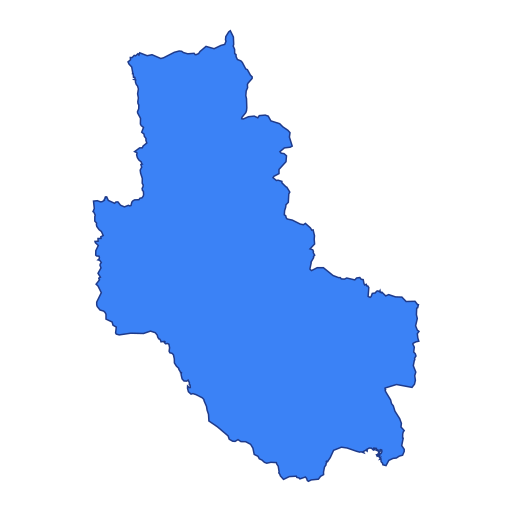 outline of Balsa, Hunedoara, Romania
{"feature_id": "2599482B86876194197645", "entity_name": "Balsa", "entity_type": "district", "adm_level": 2, "iso_a3": "ROU", "parent_name": "Romania", "parent_adm1": "Hunedoara", "projection": "mercator", "projection_center": [23.071, 46.051], "detail": "fine", "context": "isolated", "style": "filled", "palette": "blue", "viewbox_px": 512, "rotation_deg": 0, "n_neighbors": 0, "source": "geoboundaries", "source_scale": "gbopen_adm2", "svg_char_len": 6027}
<svg xmlns="http://www.w3.org/2000/svg" viewBox="0 0 512 512"><path d="M280.3,475.8L283.5,479.4L289.3,476.6L296.3,476.2L296.8,477.4L299.0,477.9L299.9,478.9L305.4,477.0L306.6,478.4L307.3,480.5L308.4,481.3L311.3,479.9L318.4,479.2L320.6,476.3L323.6,474.6L323.5,472.1L324.5,467.0L326.0,464.9L326.0,463.7L326.9,462.1L326.6,461.9L327.4,461.6L327.1,461.2L327.8,461.2L330.2,457.7L333.6,450.3L341.4,447.2L347.1,448.0L356.6,451.3L359.6,452.1L361.1,451.8L363.9,452.8L363.2,451.6L365.9,450.2L367.1,451.1L367.2,450.0L366.7,449.4L369.3,448.0L371.5,448.2L373.4,450.1L374.6,449.7L374.5,448.8L373.2,448.0L376.4,448.4L376.3,449.3L377.6,449.9L376.3,450.2L378.6,451.3L379.3,452.3L380.2,451.3L380.2,449.7L380.8,449.6L381.7,450.0L381.9,451.6L381.1,453.5L379.8,453.8L379.9,455.1L379.1,455.6L378.2,453.5L377.7,454.5L376.5,454.8L377.2,456.3L378.4,455.8L378.7,456.4L379.2,456.2L379.5,457.4L380.6,457.2L380.2,458.2L380.5,458.5L379.9,459.2L380.9,459.0L381.1,461.7L382.5,463.2L382.9,464.8L386.0,465.6L388.8,460.4L393.0,458.4L396.4,458.0L399.3,456.1L402.6,455.2L404.2,451.4L404.2,449.3L401.7,445.6L403.2,438.2L402.6,438.0L402.7,434.1L403.2,432.0L404.2,430.6L401.0,427.0L401.4,423.4L399.7,418.7L394.9,411.1L393.3,405.9L391.5,403.6L390.6,399.9L385.9,392.1L385.2,390.6L385.6,389.5L385.0,388.9L385.1,388.0L396.5,384.5L412.0,387.4L414.5,384.2L415.4,380.2L414.7,375.7L415.8,372.1L413.3,365.7L414.3,360.5L414.8,359.8L414.6,358.1L416.0,356.0L415.3,353.8L413.7,352.0L414.3,347.2L412.8,344.0L413.1,343.3L416.0,341.8L418.8,341.2L417.8,338.0L417.3,333.7L419.0,331.4L417.3,330.1L415.6,325.8L417.3,318.5L416.4,314.7L416.7,308.2L417.7,307.7L418.4,304.7L417.6,304.6L415.0,301.3L406.1,301.5L401.9,297.1L395.5,296.9L388.7,294.6L385.7,295.9L381.9,292.2L381.4,292.8L380.3,292.2L380.0,290.6L379.4,291.7L377.9,290.9L376.7,291.2L375.1,293.0L372.3,293.4L371.1,296.6L370.1,297.4L368.1,296.4L368.8,287.6L367.8,286.0L366.9,286.0L366.2,284.3L364.8,285.0L364.0,283.7L363.2,279.6L361.2,279.3L359.8,277.5L356.6,278.0L354.8,279.9L346.7,278.0L344.5,279.1L341.3,278.9L340.3,277.6L338.5,277.6L333.0,275.5L323.4,267.7L317.2,267.7L311.5,270.6L310.1,269.4L309.9,268.9L311.2,262.8L311.0,262.2L313.6,257.7L313.5,256.5L314.7,255.2L313.3,252.8L313.4,251.3L312.7,249.8L310.0,248.9L314.6,244.0L314.2,239.2L314.5,235.8L313.1,229.9L311.8,230.2L310.4,227.9L305.4,223.4L303.5,224.7L300.3,224.1L292.3,220.1L287.2,219.0L286.2,217.8L285.7,215.7L284.3,214.8L284.6,210.6L285.6,207.5L286.0,204.7L288.3,202.3L288.8,193.9L289.8,192.1L286.8,187.2L285.9,186.8L281.9,182.8L281.9,181.4L278.1,180.2L276.4,180.5L273.0,177.7L273.9,176.3L279.0,173.6L279.0,169.4L286.0,161.7L286.5,155.8L284.0,153.6L281.2,153.2L279.9,151.7L284.4,147.9L290.2,147.2L292.2,146.1L289.4,137.1L290.0,132.7L287.9,130.3L282.9,126.9L279.7,123.7L270.9,120.9L268.2,116.1L265.2,115.1L259.3,115.6L257.8,117.8L254.2,116.1L248.5,116.7L243.2,119.0L241.7,118.7L241.9,117.4L245.8,112.6L246.5,110.6L246.8,107.9L246.5,98.7L245.8,95.7L246.2,90.9L247.6,87.7L247.4,84.5L248.0,83.2L252.1,78.5L252.2,76.9L250.4,75.1L247.4,69.7L245.7,68.9L242.3,62.4L240.9,60.9L237.4,59.5L236.1,56.7L236.0,54.5L234.7,53.6L234.6,49.3L233.2,46.1L233.7,44.4L233.4,37.0L230.3,30.7L228.7,31.9L225.8,36.6L225.5,39.8L226.0,41.2L224.7,44.4L221.0,45.4L214.1,48.7L206.0,46.4L200.0,51.5L198.6,53.6L196.0,54.7L195.1,54.6L194.1,53.3L187.7,53.8L183.3,52.5L181.7,51.3L179.2,51.0L174.3,52.3L163.5,57.8L160.8,58.5L152.0,54.7L147.2,55.7L139.7,52.8L138.9,55.1L138.0,54.2L138.4,53.3L135.6,55.8L134.2,55.4L132.1,57.6L130.3,57.5L130.5,59.8L128.0,61.9L129.0,64.1L131.7,67.0L132.7,72.6L132.5,73.7L133.2,73.8L133.5,77.3L134.6,77.2L135.0,77.9L135.0,79.1L134.1,79.5L135.7,80.0L135.4,81.9L136.3,84.5L137.5,85.9L138.4,88.9L137.6,93.9L138.4,98.0L137.8,101.7L138.0,103.6L138.8,105.0L138.7,108.8L137.5,111.6L137.6,112.9L140.5,118.3L140.4,124.0L141.2,125.6L143.5,127.4L141.7,132.2L144.0,134.1L144.3,136.3L146.0,138.5L145.9,140.3L146.8,143.0L143.2,145.9L142.3,147.8L139.6,147.9L134.6,151.6L136.8,152.6L137.0,153.6L136.6,154.8L137.4,157.7L138.9,160.0L141.3,162.0L141.6,163.5L142.2,164.1L140.9,164.6L141.7,167.2L140.2,170.1L140.6,173.2L142.3,178.4L142.2,183.2L143.2,185.0L143.0,186.8L142.1,188.4L142.4,190.3L143.4,191.4L143.6,194.7L143.2,196.2L141.9,197.9L140.0,198.2L138.9,199.7L134.5,199.9L132.7,201.0L131.8,202.2L131.0,205.5L129.6,205.9L128.4,205.3L124.4,206.9L120.5,205.2L117.9,201.9L115.9,202.0L114.6,203.3L108.3,200.4L106.7,196.9L105.4,196.9L105.1,197.4L105.5,197.8L104.2,199.5L104.4,200.3L102.2,201.6L100.7,201.9L97.3,200.7L93.5,201.1L94.3,208.6L93.0,211.6L93.9,212.2L95.2,215.2L94.8,216.7L94.8,221.1L96.6,223.1L96.4,224.7L96.8,226.5L99.1,229.7L101.4,231.5L103.2,235.5L100.8,236.8L101.0,238.4L98.0,238.5L98.1,241.2L95.0,241.4L95.4,242.7L98.3,245.5L95.8,250.7L95.7,255.1L96.7,256.0L99.0,256.2L99.4,257.4L99.2,258.9L98.0,259.9L99.7,260.3L101.3,262.5L100.2,264.1L100.0,265.3L101.0,267.9L98.0,273.3L100.4,277.2L98.9,278.0L98.8,278.6L99.5,279.8L96.1,284.2L98.0,286.0L101.3,292.7L96.7,302.1L96.7,304.9L97.2,306.5L100.0,310.0L103.7,311.1L105.1,312.5L106.0,314.3L106.0,319.1L112.1,322.0L113.0,325.2L116.3,327.1L115.6,332.9L116.3,334.1L119.2,334.9L130.7,333.2L143.5,333.5L150.5,331.1L155.3,332.7L157.3,335.2L157.7,337.0L158.8,338.9L159.6,339.0L160.6,340.4L161.0,341.8L164.6,341.4L165.0,341.8L164.4,342.6L165.6,343.8L167.5,343.5L168.9,344.2L169.6,347.8L169.1,351.2L169.9,352.8L172.0,353.3L173.4,354.7L174.3,358.8L174.4,362.9L176.4,366.1L178.7,368.3L178.9,369.5L180.5,372.0L180.5,372.7L181.4,372.7L181.1,374.6L182.1,378.9L184.0,381.0L186.8,381.1L188.1,380.1L189.4,382.7L189.3,384.7L190.1,385.0L190.3,387.5L189.1,387.6L187.6,386.1L187.5,388.2L188.4,391.7L191.0,394.1L192.9,393.6L196.0,394.6L202.3,397.8L203.9,399.5L204.0,400.6L206.5,406.4L207.1,410.1L208.5,414.3L208.9,421.0L217.4,426.8L228.1,435.9L229.2,439.2L232.6,441.2L235.1,441.4L238.0,439.6L240.9,441.6L245.7,441.7L250.6,444.3L252.9,448.1L254.2,454.4L258.0,456.3L259.3,458.8L261.9,460.0L264.4,462.3L266.7,463.2L270.9,462.3L276.4,462.6L276.7,463.9L278.2,466.2L279.1,471.8L278.8,472.9L279.9,474.4L280.3,475.8Z" fill="#3b82f6" stroke="#1e3a8a" stroke-width="1.5"/></svg>